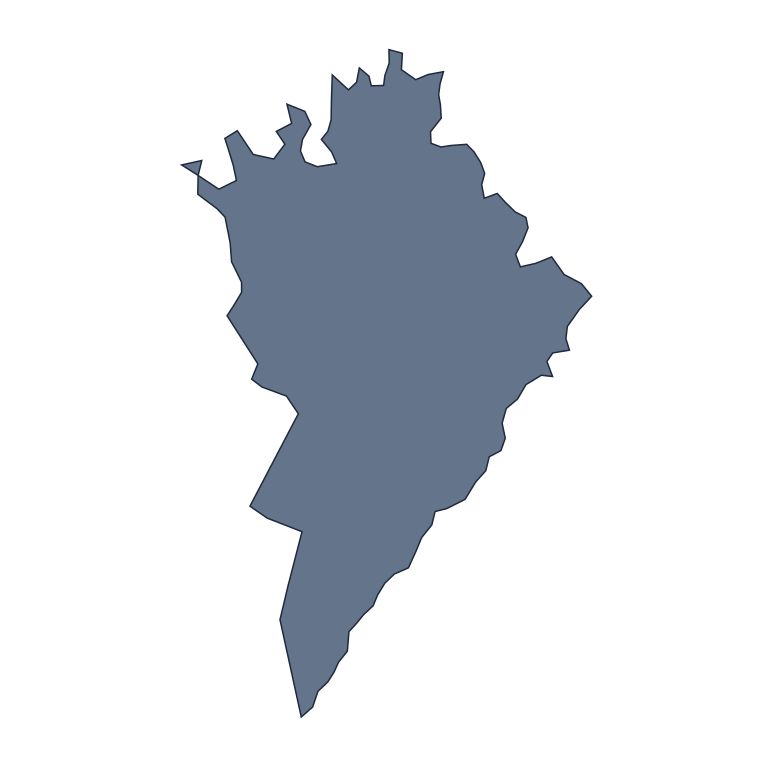 Santa Cecília do Pavão, Paraná, Brazil, rotated 91°
{"feature_id": "56859067B22912882563393", "entity_name": "Santa Cecília do Pavão", "entity_type": "district", "adm_level": 2, "iso_a3": "BRA", "parent_name": "Brazil", "parent_adm1": "Paraná", "projection": "mercator", "projection_center": [-50.812, -23.543], "detail": "fine", "context": "isolated", "style": "filled", "palette": "slate", "viewbox_px": 768, "rotation_deg": 91, "n_neighbors": 0, "source": "geoboundaries", "source_scale": "gbopen_adm2", "svg_char_len": 1736}
<svg xmlns="http://www.w3.org/2000/svg" viewBox="0 0 768 768"><g transform="rotate(91 384 384)"><path d="M49.6,384.9L63.0,384.4L75.5,388.5L85.5,389.6L86.1,401.9L76.5,404.4L68.4,414.2L82.8,416.7L90.5,424.7L75.9,441.1L99.9,441.5L120.8,441.5L132.2,444.5L140.6,450.9L152.9,440.4L164.4,435.2L167.9,454.5L163.3,466.8L152.5,471.6L140.8,469.7L125.8,461.6L112.8,467.9L105.9,485.9L125.1,480.9L133.3,496.1L146.0,487.3L161.0,498.2L156.8,518.7L133.3,535.1L141.2,547.4L154.8,542.8L168.1,538.5L183.1,535.1L192.1,552.6L178.7,573.5L197.5,573.5L211.9,553.7L220.0,545.8L245.5,540.3L264.5,538.5L284.7,528.2L294.9,528.0L308.3,535.7L318.5,542.1L366.1,510.5L381.5,516.4L389.2,505.9L397.8,481.3L415.3,469.1L425.9,474.5L508.5,515.9L520.2,498.4L533.1,463.4L588.2,476.6L608.0,480.9L621.4,483.9L718.4,460.9L708.2,449.7L692.5,444.7L682.5,434.7L672.7,428.8L663.1,424.7L651.8,416.0L632.2,414.7L623.7,407.2L614.9,400.3L605.9,391.0L595.1,386.7L583.0,379.6L573.8,370.3L567.4,356.4L550.2,348.9L536.9,343.7L524.0,333.7L510.6,330.7L507.5,319.1L497.9,300.9L480.2,290.5L468.9,280.7L454.9,277.5L448.5,265.9L436.1,261.8L421.1,265.2L406.3,261.3L396.7,250.2L382.1,242.0L372.5,226.8L373.6,215.6L358.6,221.5L350.0,215.8L346.9,199.2L335.6,202.9L323.3,201.7L314.7,195.8L306.2,190.1L292.6,177.9L280.3,188.3L271.4,205.8L254.0,218.6L260.7,234.3L264.5,249.7L252.0,254.7L239.2,247.9L225.3,242.7L215.0,245.0L209.6,255.9L200.2,265.9L191.5,274.1L196.5,287.0L182.9,289.8L171.7,287.0L161.0,291.1L150.4,298.0L142.9,305.5L144.3,320.7L146.0,331.2L142.5,341.2L131.0,341.9L117.2,331.4L103.7,332.5L93.6,334.4L83.0,333.2L70.7,330.0L73.8,345.3L79.2,357.6L69.4,372.1L53.0,371.4L49.6,384.9ZM178.7,573.5L163.7,570.1L168.5,590.1L178.7,573.5Z" fill="#64748b" stroke="#1e293b" stroke-width="1.5"/></g></svg>